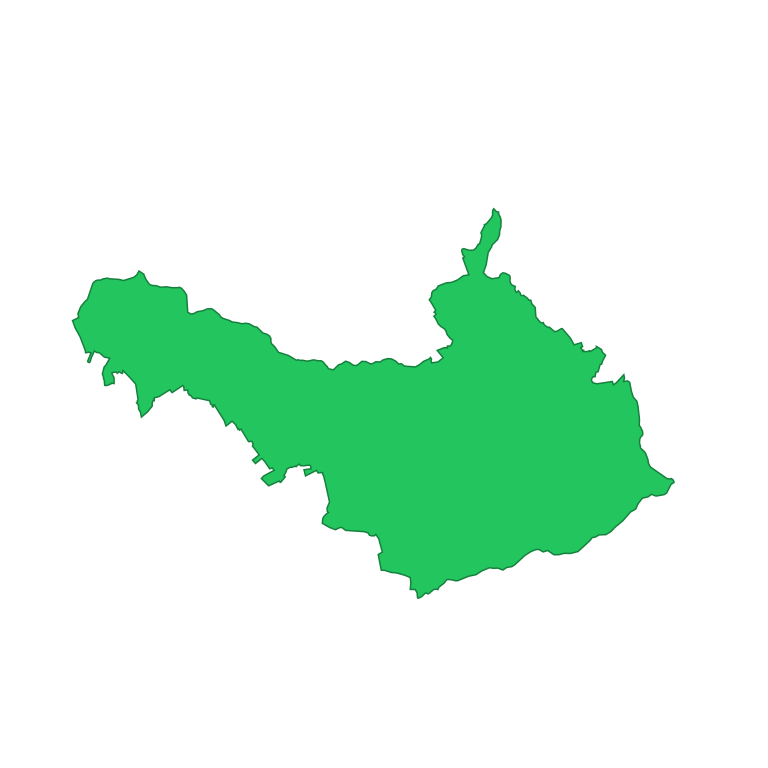 outline of Garbau, Cluj, Romania, rotated 316°
{"feature_id": "2599482B41163110615714", "entity_name": "Garbau", "entity_type": "district", "adm_level": 2, "iso_a3": "ROU", "parent_name": "Romania", "parent_adm1": "Cluj", "projection": "orthographic", "projection_center": [23.36, 46.847], "detail": "fine", "context": "isolated", "style": "filled", "palette": "green", "viewbox_px": 768, "rotation_deg": 316, "n_neighbors": 0, "source": "geoboundaries", "source_scale": "gbopen_adm2", "svg_char_len": 6147}
<svg xmlns="http://www.w3.org/2000/svg" viewBox="0 0 768 768"><g transform="rotate(316 384 384)"><path d="M524.3,656.3L525.3,654.2L525.1,651.7L523.5,650.8L521.9,648.7L518.0,628.8L519.0,625.1L521.4,621.6L524.0,615.6L524.3,613.7L524.0,608.2L525.7,606.2L526.4,604.4L529.3,601.6L531.5,600.5L534.8,600.3L536.0,599.1L537.2,597.4L538.7,592.8L538.7,591.3L543.3,586.8L551.3,576.4L553.9,572.1L554.2,566.5L557.1,560.8L561.9,553.5L561.4,551.1L558.1,548.6L561.1,546.8L563.0,543.9L551.6,544.5L548.5,543.9L550.0,540.8L537.3,531.8L535.2,528.5L535.5,528.2L535.3,526.4L536.2,525.0L537.8,524.2L539.7,524.2L540.9,525.4L544.5,522.8L546.6,523.9L552.3,520.5L553.1,520.2L554.5,520.9L556.9,519.4L562.8,517.5L563.4,517.1L563.1,513.0L564.4,510.3L562.9,504.5L562.0,505.6L554.8,503.8L555.0,502.8L552.5,501.8L549.6,498.6L550.9,498.3L550.3,497.4L550.5,494.5L552.8,495.1L554.6,491.3L548.0,487.9L550.0,480.2L550.7,468.0L550.1,467.4L544.8,466.1L543.0,464.6L542.5,458.1L541.6,457.8L540.5,454.3L540.5,452.5L541.2,450.4L540.0,450.0L539.3,447.6L539.9,441.2L545.9,434.0L546.1,428.8L547.8,425.9L547.7,425.4L546.4,424.4L546.8,422.2L546.0,417.1L545.0,416.7L544.3,415.6L544.4,414.3L545.1,413.5L545.4,410.3L542.9,410.3L543.0,408.8L543.9,406.7L546.2,405.0L544.8,401.7L545.1,399.3L546.5,396.9L548.4,395.5L549.7,393.3L549.6,392.8L548.3,388.8L546.8,386.6L543.8,386.1L540.7,387.4L534.8,383.3L532.8,378.4L532.8,373.0L540.2,369.3L550.3,361.8L556.8,360.1L558.2,359.1L566.0,359.0L570.8,356.9L573.9,354.0L577.1,352.3L581.9,347.6L583.4,345.1L584.6,341.3L585.9,339.9L584.6,338.2L584.7,334.2L582.8,334.6L580.4,336.8L580.0,337.7L576.9,339.0L569.0,339.9L566.9,339.1L566.7,339.8L559.1,342.4L558.5,342.8L558.3,344.1L555.8,346.3L550.1,349.6L548.9,348.9L544.9,350.1L541.3,349.9L538.2,347.0L535.3,341.9L533.6,341.3L532.2,342.5L530.6,345.6L530.2,348.6L528.2,348.1L520.9,364.4L516.2,361.2L509.4,360.3L503.5,358.0L498.8,354.4L491.2,351.2L488.4,351.9L486.8,352.0L484.4,351.0L481.9,351.5L478.5,354.3L475.0,354.9L474.8,357.1L472.4,367.0L469.9,367.1L470.2,369.1L469.7,370.0L466.9,369.9L466.7,372.4L464.7,378.8L464.9,382.4L465.8,386.4L465.4,388.8L463.8,392.2L463.6,393.9L463.3,397.5L463.9,400.1L461.5,401.9L458.2,402.8L456.0,400.7L454.7,402.0L452.6,399.7L445.6,396.8L444.8,406.2L438.2,405.7L433.0,401.9L434.2,399.7L435.5,399.1L435.9,397.2L433.9,397.3L428.2,395.2L423.4,394.8L418.4,393.5L411.2,385.4L410.6,381.6L408.4,379.7L408.4,376.0L406.9,371.3L404.2,368.2L399.5,365.8L396.7,365.7L393.6,362.3L389.4,361.2L388.1,359.8L386.5,355.2L383.8,352.3L378.5,352.0L376.4,351.1L375.0,349.2L374.0,344.4L372.2,340.9L367.2,340.0L364.9,338.7L357.4,338.6L355.0,335.1L354.8,333.3L355.3,332.0L355.2,329.1L355.6,326.1L354.9,323.5L352.9,321.8L350.2,317.8L344.6,314.2L341.9,310.3L340.3,309.1L339.2,307.1L337.5,306.0L335.0,296.9L330.1,287.9L331.3,281.0L331.1,276.9L332.0,275.0L334.2,272.8L335.0,269.9L334.3,266.9L332.3,263.2L332.1,254.7L330.7,253.1L328.9,247.2L326.8,244.3L323.4,241.7L321.6,238.5L317.7,233.7L317.2,231.4L314.0,225.4L313.2,222.7L313.7,219.5L312.7,211.2L311.8,209.5L308.5,206.9L304.6,205.5L299.8,202.2L296.0,201.2L294.0,199.7L293.4,198.5L292.7,196.0L303.8,182.9L304.8,177.7L304.7,174.1L303.9,172.2L302.3,171.3L298.2,167.2L295.0,162.9L290.6,159.3L288.4,154.9L286.1,152.6L284.8,150.3L284.5,149.0L285.5,143.0L287.5,138.0L286.2,132.5L282.2,133.8L278.2,133.5L268.6,128.7L265.8,124.4L259.6,117.6L258.7,115.8L255.2,113.4L252.1,112.2L250.4,110.5L248.5,109.5L245.6,109.2L243.7,109.8L229.7,117.0L225.2,117.0L219.4,117.8L212.8,120.7L210.5,124.1L204.0,122.0L200.8,129.2L198.2,138.8L192.2,152.9L191.2,153.8L191.1,154.4L193.5,155.8L194.9,158.1L186.7,161.7L186.3,163.0L187.0,163.9L188.3,163.8L191.6,161.8L198.7,159.1L199.1,161.6L201.0,163.9L201.5,170.3L204.6,174.9L197.6,177.1L194.2,177.5L188.3,181.2L187.0,184.2L185.8,185.5L185.7,186.5L182.1,191.0L183.8,192.7L187.3,194.2L188.3,194.0L190.2,196.2L194.2,191.9L195.5,187.7L196.2,186.9L199.6,189.2L199.6,191.0L202.1,191.3L202.6,193.8L203.2,194.7L205.6,193.0L205.7,202.6L205.3,211.6L196.1,224.6L194.7,224.8L193.9,226.0L192.9,225.7L192.8,228.5L190.0,231.6L189.3,234.9L186.5,239.3L194.5,239.8L201.9,238.9L204.1,236.6L206.7,235.5L207.1,236.4L207.9,235.9L208.4,234.7L209.2,234.4L213.2,236.7L225.9,239.4L225.6,243.0L238.2,245.3L238.2,246.7L235.8,249.8L238.6,252.1L236.7,254.4L236.8,255.2L236.2,256.7L237.0,257.3L236.7,261.1L238.5,264.2L239.7,264.0L246.9,274.8L245.9,277.3L245.3,277.7L245.7,279.5L244.8,281.2L245.0,281.9L248.0,280.6L247.4,281.2L243.7,299.1L241.2,304.5L248.9,305.2L249.0,310.1L247.5,315.2L248.3,315.3L248.0,316.8L249.8,317.1L246.6,331.1L246.7,331.6L248.8,333.1L249.0,333.8L248.2,336.2L246.3,337.3L245.0,348.3L236.6,347.4L236.3,351.9L244.5,352.7L244.3,357.3L242.9,365.6L245.3,366.9L245.1,369.8L233.5,366.6L230.1,366.8L230.3,377.1L241.2,381.0L241.0,382.7L241.4,383.0L248.5,382.2L248.3,380.4L251.9,379.4L255.1,377.7L258.8,378.8L260.0,380.0L263.4,381.6L263.3,382.4L266.2,382.4L267.6,383.0L267.1,384.6L269.7,387.3L273.8,390.3L274.2,391.9L272.8,394.4L266.9,390.1L263.7,395.6L275.4,399.2L274.8,402.2L278.4,405.1L277.2,406.4L276.7,408.2L273.3,414.1L262.8,431.1L256.9,433.6L254.6,436.4L254.7,438.0L252.1,437.4L248.4,437.6L246.5,438.3L242.8,441.4L245.3,449.6L247.9,455.1L252.0,456.4L254.0,457.8L254.7,462.6L267.2,476.5L269.1,480.0L268.5,482.7L269.5,484.5L271.7,486.6L273.6,486.5L272.8,491.6L266.0,503.8L261.4,502.6L252.7,516.0L255.2,518.8L258.4,524.8L261.5,528.2L266.1,536.0L268.4,541.4L265.5,545.4L260.2,550.0L263.7,553.6L262.7,557.3L259.9,560.7L259.7,561.9L263.6,563.2L268.1,563.1L269.1,563.6L269.5,565.0L270.4,565.9L276.8,566.3L279.2,567.8L279.9,569.3L282.4,568.3L289.0,569.0L292.4,568.4L294.0,568.8L296.7,571.9L298.8,575.3L300.4,576.7L311.4,581.1L317.7,585.1L324.6,586.4L332.2,589.4L334.9,592.8L338.1,595.6L340.3,600.4L345.0,601.3L349.1,604.2L352.8,604.9L366.2,605.2L373.3,606.6L378.2,608.6L380.5,610.7L381.9,615.4L386.1,617.5L387.6,624.8L391.4,628.4L395.9,630.9L400.6,635.6L407.2,639.3L423.2,639.7L427.0,639.1L429.9,641.0L433.8,641.9L439.0,646.5L445.1,647.8L450.4,647.5L460.6,648.3L472.2,647.3L478.3,648.8L483.3,646.7L490.5,645.6L495.6,648.6L500.0,649.3L501.1,652.3L502.1,653.8L508.7,658.2L511.5,658.8L520.6,655.6L524.3,656.3Z" fill="#22c55e" stroke="#15803d" stroke-width="1.5"/></g></svg>